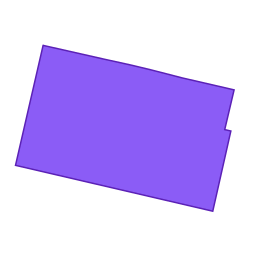 Bennett, South Dakota, United States of America, rotated 193°
{"feature_id": "52423323B93882616989582", "entity_name": "Bennett", "entity_type": "district", "adm_level": 2, "iso_a3": "USA", "parent_name": "United States of America", "parent_adm1": "South Dakota", "projection": "mercator", "projection_center": [-101.7, 43.193], "detail": "fine", "context": "isolated", "style": "filled", "palette": "violet", "viewbox_px": 256, "rotation_deg": 193, "n_neighbors": 0, "source": "geoboundaries", "source_scale": "gbopen_adm2", "svg_char_len": 318}
<svg xmlns="http://www.w3.org/2000/svg" viewBox="0 0 256 256"><g transform="rotate(193 128 128)"><path d="M26.7,66.0L27.1,148.2L33.4,148.2L33.2,189.0L86.6,189.0L117.9,189.8L138.1,190.0L166.8,189.7L228.8,189.4L229.0,189.5L229.3,189.4L229.2,66.3L26.7,66.0Z" fill="#8b5cf6" stroke="#5b21b6" stroke-width="1.5"/></g></svg>